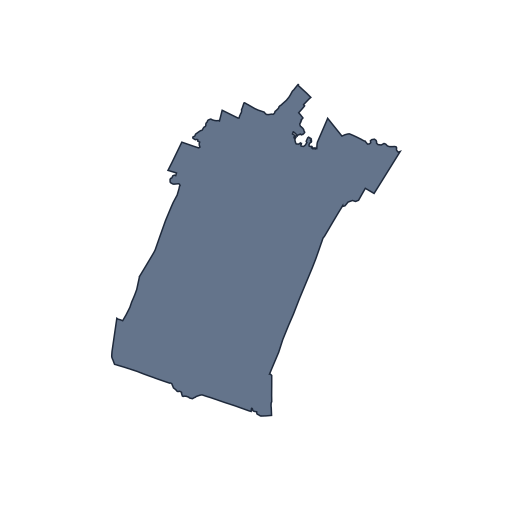 outline of Izvoru, Arges, Romania, rotated 144°
{"feature_id": "2599482B92103311949718", "entity_name": "Izvoru", "entity_type": "district", "adm_level": 2, "iso_a3": "ROU", "parent_name": "Romania", "parent_adm1": "Arges", "projection": "equal_earth", "projection_center": [25.054, 44.498], "detail": "fine", "context": "isolated", "style": "filled", "palette": "slate", "viewbox_px": 512, "rotation_deg": 144, "n_neighbors": 0, "source": "geoboundaries", "source_scale": "gbopen_adm2", "svg_char_len": 5873}
<svg xmlns="http://www.w3.org/2000/svg" viewBox="0 0 512 512"><g transform="rotate(144 256 256)"><path d="M249.1,391.7L268.9,381.1L276.9,377.0L271.5,369.9L273.7,368.2L274.5,369.4L276.1,369.8L278.1,368.7L278.9,368.7L279.4,369.0L280.5,368.5L282.0,366.3L281.9,365.1L280.8,362.9L279.6,362.0L278.2,361.2L276.3,360.1L275.7,359.1L276.0,357.6L276.9,357.4L278.6,355.8L284.4,351.3L284.7,351.3L291.5,348.0L295.8,345.5L308.3,337.9L322.6,328.1L334.0,320.2L335.7,319.3L339.5,317.6L352.6,312.0L360.9,308.5L362.4,307.9L362.6,307.8L362.6,307.6L372.2,299.0L377.0,295.8L380.8,293.5L383.7,291.8L388.2,288.6L395.8,284.7L401.9,282.0L403.2,284.1L404.8,286.1L405.2,287.4L428.6,263.4L429.7,262.1L431.1,260.4L431.6,259.8L432.1,258.9L432.7,257.0L432.7,256.6L434.1,251.5L428.1,243.7L420.2,232.8L416.1,226.4L414.6,224.2L413.4,222.4L410.0,217.5L409.3,216.3L404.0,208.7L400.6,203.9L400.0,203.7L399.7,203.3L399.5,202.9L399.2,201.8L399.6,200.9L399.6,200.5L400.3,197.8L399.8,196.2L399.6,195.0L399.4,194.6L399.4,193.3L399.3,192.9L399.0,192.4L398.3,191.9L397.5,191.6L397.1,191.1L396.8,190.6L396.4,189.4L397.0,188.7L397.9,186.0L397.5,185.2L396.6,184.9L394.9,183.5L393.4,181.3L393.3,180.4L393.0,179.9L391.3,177.9L389.7,177.8L388.0,177.4L387.0,177.5L383.1,176.3L381.3,175.4L378.3,171.2L375.8,167.9L367.5,156.0L360.9,146.9L355.8,139.4L352.6,134.7L351.3,133.1L349.3,135.3L348.9,135.3L348.7,134.6L349.4,132.9L349.2,132.0L348.3,130.8L347.0,129.6L347.6,128.7L348.0,127.8L347.9,127.1L347.3,126.1L347.0,125.3L346.4,123.9L345.9,123.7L345.8,123.4L341.6,120.6L337.1,117.9L332.9,124.2L332.0,125.8L330.2,128.1L328.9,128.9L325.4,133.9L318.6,143.1L313.5,150.1L313.6,150.9L313.9,152.1L314.5,152.5L308.3,156.3L294.2,164.8L283.4,172.7L271.0,180.4L260.0,186.9L245.7,196.1L217.5,213.3L209.1,218.7L201.7,223.8L195.0,228.5L194.6,228.7L192.3,230.4L191.0,231.2L189.3,231.6L182.8,234.4L174.6,238.0L165.5,241.9L164.1,242.5L156.2,245.8L156.6,245.1L154.5,244.3L149.8,245.5L145.3,244.2L143.4,241.6L140.3,240.8L127.8,246.5L123.7,237.2L118.5,239.3L77.9,255.8L79.9,256.4L80.1,258.8L79.5,260.1L78.7,260.7L78.5,262.0L79.5,263.1L81.8,264.6L83.8,266.1L85.0,267.8L85.3,270.3L86.3,271.8L89.4,272.2L91.8,274.4L92.2,276.4L91.4,277.3L90.9,278.9L91.5,280.9L93.9,282.1L95.7,282.0L96.6,280.2L98.2,280.0L100.0,280.9L100.2,283.9L100.1,284.7L100.7,285.3L101.9,287.5L102.0,288.0L104.6,293.0L106.6,296.6L108.6,299.9L109.9,300.7L110.4,300.9L112.7,301.8L116.0,302.5L117.1,325.3L118.3,324.5L139.4,312.0L140.8,310.7L143.7,307.2L144.0,307.5L144.4,307.5L144.7,307.6L145.0,307.6L145.2,307.8L145.2,308.0L145.2,308.3L145.0,308.5L145.6,308.5L145.8,308.6L145.7,308.8L145.6,309.1L145.4,309.2L145.4,309.3L145.7,309.4L146.3,309.4L146.7,309.3L146.9,309.3L147.1,309.5L146.8,310.0L146.6,310.3L146.7,310.6L147.0,310.6L147.3,310.5L147.5,310.8L147.3,311.1L147.0,311.2L146.8,311.3L146.6,311.2L146.4,311.4L146.4,311.8L146.8,312.2L147.5,312.6L148.0,313.0L148.4,313.7L147.6,315.0L146.5,315.5L145.4,315.8L144.5,315.6L144.2,315.7L143.4,316.4L143.4,316.6L144.0,317.0L143.9,317.5L143.6,317.6L143.2,317.7L142.8,317.8L142.5,318.0L142.5,318.7L142.7,319.4L143.1,319.6L143.5,321.2L144.7,321.2L148.0,319.3L148.1,318.9L148.1,317.9L151.1,316.7L153.2,316.7L154.9,318.4L154.5,319.5L153.8,319.7L153.2,320.1L153.1,320.3L153.5,320.4L153.8,320.7L153.7,321.4L154.1,321.4L155.7,321.4L157.6,323.0L157.4,324.4L156.5,326.7L155.8,327.9L155.7,329.3L155.4,329.9L154.8,330.1L154.4,330.1L154.5,329.7L155.1,329.3L155.0,329.0L154.9,328.7L154.8,328.4L154.9,328.1L154.6,328.3L154.6,328.6L154.5,329.3L154.3,329.4L154.1,329.3L153.9,329.2L153.7,329.0L153.6,329.4L153.6,329.6L153.6,329.8L153.8,330.0L153.9,329.9L154.1,330.0L153.8,330.8L153.9,331.3L154.1,331.7L154.1,332.1L154.6,332.7L154.8,333.3L154.6,333.5L154.2,333.6L153.4,334.2L153.2,334.5L152.7,334.4L152.0,331.4L152.0,330.8L152.3,329.3L152.1,328.8L151.3,329.3L150.8,329.3L150.4,328.9L150.1,328.8L149.8,328.9L149.5,328.9L149.0,328.6L148.5,328.6L148.4,328.3L148.2,327.9L148.2,327.4L147.9,327.2L147.3,327.2L147.0,327.2L146.7,326.8L146.0,326.9L145.7,326.9L144.0,327.3L143.9,327.4L143.7,328.2L143.7,329.0L143.2,330.0L143.1,330.4L143.1,330.9L143.1,332.1L143.4,333.3L143.4,333.8L143.6,334.2L143.8,334.5L143.8,335.0L143.6,335.6L143.3,336.6L143.2,336.8L143.0,337.0L142.9,337.2L141.3,337.8L141.2,338.2L141.0,338.3L140.8,338.4L140.6,338.4L140.3,338.6L139.8,338.7L139.6,338.9L139.6,339.5L139.0,339.6L137.9,339.8L137.2,339.9L136.9,340.1L136.8,340.4L136.9,341.1L137.0,342.6L137.0,344.1L137.1,345.0L137.2,346.0L137.3,346.8L133.1,347.7L129.8,348.5L128.4,348.9L128.4,349.1L128.7,350.3L128.6,350.5L128.3,350.6L127.4,350.7L120.6,351.9L118.4,352.1L118.7,353.8L119.3,357.8L121.7,369.6L121.0,369.8L121.1,370.0L122.1,369.8L126.5,368.6L127.7,368.2L128.8,368.1L129.8,367.9L133.8,366.0L136.3,365.0L137.7,364.7L139.8,364.1L145.9,363.5L146.5,363.3L148.3,363.5L148.7,363.3L149.5,363.3L151.0,362.3L154.4,361.8L155.6,361.8L156.8,360.8L157.7,360.6L158.8,360.5L160.1,361.7L162.7,363.0L164.2,364.2L164.5,364.7L164.6,365.3L164.8,366.4L164.8,367.6L168.6,372.9L169.7,374.9L170.2,375.7L172.3,380.4L173.4,382.8L173.4,383.0L173.6,383.2L175.1,386.5L175.5,386.9L175.8,386.8L176.2,386.6L177.9,385.4L180.1,383.8L181.7,382.9L182.4,381.8L182.8,381.3L183.8,380.5L184.0,380.5L184.4,380.4L185.5,379.7L186.2,379.3L186.8,379.0L188.6,377.6L189.5,378.2L197.7,393.8L206.2,386.7L206.7,387.6L208.5,388.7L209.7,389.8L211.0,391.4L211.4,391.9L211.7,392.8L212.3,393.5L214.8,394.1L215.6,393.9L216.5,393.3L216.8,393.1L218.0,392.9L218.5,392.7L219.5,391.7L219.7,391.3L220.0,391.0L220.4,390.8L220.9,390.6L222.4,390.8L223.5,390.4L224.6,389.9L225.2,389.6L225.8,389.5L226.5,389.7L227.1,390.0L228.9,390.1L233.3,390.1L234.8,389.1L235.6,389.1L237.0,389.4L237.5,389.0L237.8,388.3L237.1,386.5L236.6,385.6L235.5,385.2L235.0,384.7L234.8,384.2L235.6,383.2L234.6,381.2L235.9,380.3L236.8,378.9L236.9,378.1L237.1,377.8L237.3,377.6L237.3,377.1L238.8,377.1L242.2,381.8L249.1,391.7Z" fill="#64748b" stroke="#1e293b" stroke-width="1.5"/></g></svg>